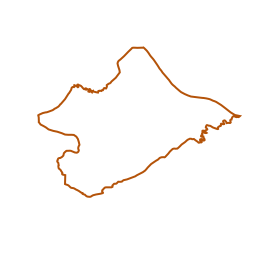 outline of Songkhone, Savannakhét, Laos, rotated 312°
{"feature_id": "54806243B4433821192490", "entity_name": "Songkhone", "entity_type": "district", "adm_level": 2, "iso_a3": "LAO", "parent_name": "Laos", "parent_adm1": "Savannakhét", "projection": "equal_earth", "projection_center": [105.362, 16.147], "detail": "fine", "context": "isolated", "style": "outline", "palette": "amber", "viewbox_px": 256, "rotation_deg": 312, "n_neighbors": 0, "source": "geoboundaries", "source_scale": "gbopen_adm2", "svg_char_len": 5604}
<svg xmlns="http://www.w3.org/2000/svg" viewBox="0 0 256 256"><g transform="rotate(312 128 128)"><path d="M77.4,52.8L76.2,54.5L73.2,57.4L72.7,57.7L72.1,60.7L73.0,64.2L73.5,66.6L73.8,69.9L75.8,74.3L77.9,77.9L79.9,82.4L81.0,85.6L83.0,88.2L85.1,90.5L86.6,92.4L87.0,95.4L86.3,98.1L84.7,100.8L83.0,103.2L81.3,103.6L80.1,104.2L79.2,105.0L78.6,106.3L77.3,106.9L76.4,106.9L75.4,106.5L74.3,105.0L72.8,100.8L72.2,100.0L70.0,97.7L69.4,97.4L68.4,97.4L67.8,97.2L67.2,97.3L66.4,97.2L64.3,98.4L63.5,98.4L62.3,98.3L60.4,97.7L59.7,97.0L58.6,96.6L57.3,97.0L56.8,97.4L56.5,97.5L56.1,97.5L55.9,97.7L55.5,98.6L55.5,99.4L53.9,101.5L53.4,101.5L52.6,102.2L51.6,103.6L51.7,105.9L51.4,106.7L50.8,109.1L50.2,109.4L50.1,109.9L49.6,110.2L49.7,110.7L50.1,111.3L50.3,111.8L50.6,112.2L51.0,112.9L50.2,113.6L44.2,118.7L44.4,119.4L45.3,121.4L45.5,122.6L45.4,125.1L45.6,125.9L46.9,127.9L47.2,129.0L47.4,130.2L47.7,131.3L47.8,131.5L48.3,133.5L48.6,135.9L48.8,137.0L49.3,137.8L49.2,138.1L48.7,138.3L48.7,138.6L49.6,140.6L49.5,141.8L49.6,143.0L50.1,144.1L51.4,145.8L52.2,146.3L54.0,146.8L54.9,147.2L57.3,148.8L60.7,151.5L62.7,152.8L63.0,152.8L63.3,152.5L63.2,151.9L63.3,151.5L63.8,151.0L64.4,150.6L64.9,150.5L65.6,150.7L66.6,150.5L68.5,150.8L69.2,151.4L72.7,155.3L73.5,155.7L74.0,155.8L74.5,155.1L74.9,154.9L77.2,155.0L77.9,155.6L78.5,156.3L79.1,156.6L81.5,156.7L83.0,158.4L83.8,159.1L84.4,159.4L84.8,159.3L86.2,159.6L89.2,161.7L96.9,165.7L98.8,166.2L105.1,168.6L107.8,169.2L109.9,169.2L111.8,169.1L116.7,169.3L122.4,170.7L124.5,171.4L127.0,171.6L128.6,172.4L130.1,173.9L130.7,174.8L131.3,175.0L135.9,175.1L138.5,174.9L141.2,175.1L142.2,175.2L143.0,175.6L143.8,176.3L144.4,177.2L145.8,178.5L148.8,178.8L151.6,178.9L155.6,179.8L158.5,180.1L159.4,180.3L161.5,181.2L162.4,182.4L162.6,183.2L163.4,183.9L163.9,184.3L164.1,186.9L164.3,188.3L164.4,189.7L164.3,190.2L165.0,190.9L165.6,190.9L165.8,191.2L166.1,191.9L166.2,192.0L166.4,192.1L166.8,192.2L167.0,192.0L167.1,191.3L167.2,189.6L167.5,189.4L168.0,189.3L168.4,189.6L169.2,190.3L169.2,190.8L169.0,191.9L169.0,192.3L169.2,192.6L169.6,192.9L170.3,193.0L170.6,192.7L170.9,192.3L171.5,190.4L171.6,190.2L171.9,190.0L172.1,189.7L171.1,189.0L170.8,188.5L170.7,188.3L170.7,187.9L170.8,187.7L171.6,187.4L172.7,187.7L173.0,187.6L173.4,187.1L173.5,186.7L174.3,186.5L174.8,186.1L175.3,185.5L175.8,185.2L176.0,185.3L176.3,185.6L176.5,185.8L176.6,186.2L176.5,186.4L175.6,187.3L175.5,187.7L175.7,188.3L176.2,189.1L176.7,189.6L177.0,189.7L177.0,188.5L176.9,188.0L177.1,187.5L177.4,187.2L177.9,187.1L179.3,187.7L179.8,187.9L180.1,187.8L180.4,186.9L180.4,185.8L180.5,185.4L181.3,184.9L182.7,184.6L182.9,184.7L183.1,184.9L183.7,186.3L184.6,187.6L184.9,188.9L185.1,190.3L185.2,190.7L186.1,193.0L186.4,193.4L186.5,194.2L186.8,194.5L187.1,195.1L187.3,195.5L187.6,195.6L188.5,194.5L188.9,194.4L189.7,194.7L190.5,194.7L191.0,195.0L191.3,195.4L191.7,195.5L192.3,195.2L193.0,194.4L193.4,194.3L193.6,194.4L193.8,195.1L194.1,195.6L194.9,196.6L195.2,196.8L195.4,196.7L195.7,196.3L195.9,195.4L196.3,194.5L196.8,194.1L197.2,194.1L198.1,194.5L198.3,194.8L198.4,195.0L198.4,195.8L198.2,196.8L198.0,197.5L197.6,198.0L198.5,198.7L199.0,199.2L200.0,200.5L200.5,200.6L201.0,200.5L201.1,200.3L201.8,199.1L202.2,198.8L202.9,198.7L203.5,199.3L205.2,198.5L205.8,198.3L206.7,198.3L207.2,198.5L207.6,198.7L207.8,199.2L208.4,200.9L208.7,201.4L209.4,201.9L210.0,202.8L210.7,203.1L211.8,203.2L209.2,198.8L208.3,194.0L207.8,186.7L207.4,181.9L206.4,176.1L205.8,174.3L205.2,173.0L204.3,170.0L203.7,168.7L202.4,166.4L200.9,164.1L200.1,163.1L197.9,160.0L193.5,153.7L192.3,150.8L191.2,147.5L190.2,143.5L190.1,141.9L190.0,136.9L190.1,135.0L190.0,132.5L190.1,130.8L190.7,128.0L191.1,126.3L191.3,124.5L191.5,123.1L192.3,116.6L192.9,114.3L193.3,111.5L193.7,110.3L194.5,107.4L195.8,102.0L196.1,100.4L196.5,97.1L196.8,95.6L197.5,93.0L198.0,90.4L198.1,89.0L198.2,86.4L198.1,85.5L197.5,85.2L196.9,84.5L193.9,81.4L191.6,78.6L190.5,77.6L190.0,77.5L189.1,77.5L184.8,77.2L178.7,77.0L173.8,76.5L171.6,76.1L170.1,76.4L168.9,77.1L167.5,79.1L165.3,82.9L163.8,84.7L157.2,85.3L151.3,84.6L150.3,84.8L149.0,84.6L147.8,83.9L147.0,83.9L146.7,83.7L145.7,83.5L145.3,83.8L144.7,84.6L143.2,85.2L142.6,85.2L142.2,84.1L141.8,83.7L141.4,83.5L141.2,83.5L140.4,83.9L140.0,83.9L139.5,83.7L139.2,84.0L138.9,83.8L138.9,83.5L138.8,83.4L138.1,83.5L137.6,83.4L137.5,83.2L137.4,82.8L137.2,82.5L136.8,82.1L136.6,81.9L136.4,81.9L136.1,81.8L135.9,81.4L135.5,81.3L135.3,81.6L134.7,81.7L134.3,82.0L134.0,81.7L133.8,81.2L133.3,80.6L133.2,80.1L132.8,79.6L132.7,79.2L132.1,78.3L132.0,77.6L132.3,77.2L131.9,77.0L131.7,77.1L131.6,76.7L131.4,76.5L131.2,76.6L131.1,77.0L130.9,77.1L130.7,77.2L130.8,76.5L130.8,76.4L130.4,76.6L130.4,76.3L130.6,76.0L131.0,75.8L131.0,75.6L131.4,73.9L131.4,73.6L131.3,73.4L130.7,73.1L130.3,73.1L129.9,73.5L129.7,74.6L129.5,75.1L129.3,75.3L129.2,75.3L129.1,75.1L128.9,74.9L128.7,74.4L128.6,74.1L128.8,73.9L129.3,73.6L129.6,73.3L129.8,72.4L129.3,70.2L129.2,70.1L128.9,70.5L128.9,71.0L128.4,71.1L128.4,70.7L128.3,69.9L128.1,69.9L128.0,69.7L127.6,69.6L127.4,69.2L127.5,68.2L127.5,67.5L127.7,66.6L127.8,65.0L127.7,64.3L127.0,62.8L127.0,62.1L126.5,61.5L126.2,61.4L126.0,61.5L125.8,61.9L125.9,63.0L125.7,63.3L125.3,63.6L124.8,63.5L124.7,63.4L124.7,63.2L124.7,62.8L124.8,61.9L124.8,61.6L124.4,61.1L124.2,60.6L124.1,59.7L123.9,59.4L123.7,59.5L122.9,60.4L122.7,60.6L122.2,60.5L121.9,59.9L121.5,59.5L121.2,59.4L120.3,59.2L118.3,60.2L114.4,60.9L113.9,60.8L107.3,61.9L101.5,62.0L100.7,62.0L100.1,61.8L98.9,62.0L97.1,61.9L94.1,61.0L93.1,60.5L92.0,60.4L90.7,60.0L86.7,57.9L85.3,57.1L84.3,56.2L82.1,54.7L78.8,53.2L77.4,52.8Z" fill="none" stroke="#b45309" stroke-width="2"/></g></svg>